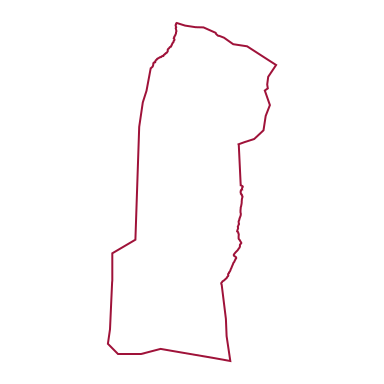 Erdene, Govi-Altay, Mongolia
{"feature_id": "93677404B39886975300314", "entity_name": "Erdene", "entity_type": "district", "adm_level": 2, "iso_a3": "MNG", "parent_name": "Mongolia", "parent_adm1": "Govi-Altay", "projection": "natural_earth1", "projection_center": [97.682, 44.036], "detail": "fine", "context": "isolated", "style": "outline", "palette": "rose", "viewbox_px": 384, "rotation_deg": 0, "n_neighbors": 0, "source": "geoboundaries", "source_scale": "gbopen_adm2", "svg_char_len": 5420}
<svg xmlns="http://www.w3.org/2000/svg" viewBox="0 0 384 384"><path d="M276.1,65.0L268.0,59.8L247.1,46.3L233.2,44.2L224.0,37.7L219.4,35.9L218.2,35.8L217.9,35.6L217.7,35.4L217.3,35.0L216.9,34.8L216.5,34.3L216.1,34.0L215.9,33.4L215.7,32.9L215.4,32.7L203.5,27.4L195.6,27.2L191.7,26.6L185.1,25.6L176.8,23.0L176.7,23.1L176.4,23.2L176.1,23.6L176.1,24.0L176.0,24.5L175.7,24.8L175.6,25.6L175.8,26.0L175.9,26.7L176.2,27.1L176.2,27.4L176.0,27.7L175.9,27.9L175.8,28.0L175.7,28.2L175.8,28.6L176.0,29.1L176.1,29.5L176.1,29.9L176.4,30.9L176.4,31.2L176.4,31.4L176.2,31.9L176.0,32.2L176.0,32.6L176.0,33.1L176.0,33.3L175.5,34.6L175.2,35.1L175.2,35.5L174.8,36.0L174.6,36.2L174.3,36.6L174.3,36.9L174.3,37.3L174.1,37.6L173.9,37.9L173.7,38.3L173.8,38.5L174.2,38.9L174.3,39.1L174.5,39.8L174.1,40.6L173.8,40.8L173.5,41.3L173.5,42.0L173.2,42.5L172.9,42.8L172.4,43.3L172.2,43.7L172.1,44.2L172.0,44.5L171.9,44.8L171.7,45.0L171.4,45.4L171.4,45.7L171.2,45.9L171.1,46.4L170.8,46.8L170.4,46.9L169.9,47.1L169.6,47.4L169.4,47.7L169.2,48.1L169.0,48.4L168.7,48.5L168.3,48.8L168.1,49.1L167.8,49.5L167.7,49.9L167.7,50.2L167.8,50.6L167.7,50.9L167.7,51.4L167.4,51.8L167.2,52.1L166.8,52.5L166.6,52.9L166.1,53.0L165.7,53.2L165.6,53.4L165.5,53.7L165.4,53.8L165.0,53.9L164.9,54.0L164.7,54.4L164.3,54.6L164.1,54.7L163.8,54.9L163.6,55.2L163.6,55.5L163.5,55.8L163.3,56.0L163.0,56.1L162.8,56.0L162.5,56.0L162.2,56.2L161.8,56.3L161.5,56.5L161.2,57.0L160.9,57.1L160.7,57.2L160.2,57.1L159.8,57.3L159.6,57.5L159.0,57.8L158.6,58.1L158.3,58.2L158.0,58.4L157.8,58.6L157.5,58.6L157.1,58.9L156.9,59.2L156.9,59.4L156.7,59.5L156.4,59.9L156.0,60.1L155.7,60.4L155.6,60.7L155.4,61.1L155.2,61.5L155.3,61.9L155.2,62.2L154.8,62.2L154.5,62.2L154.3,62.5L154.1,62.7L153.8,62.7L153.4,63.1L153.3,63.4L153.4,63.7L153.2,64.8L153.1,65.2L153.1,65.5L152.9,65.8L152.8,66.3L152.5,66.8L151.5,67.6L151.1,68.1L150.7,68.3L146.5,90.8L142.8,102.4L139.2,126.9L135.4,239.7L112.3,253.3L112.3,280.5L112.1,282.6L110.0,329.3L107.9,343.8L118.0,354.0L130.5,354.0L141.1,354.0L160.6,348.9L170.4,350.6L182.6,352.7L196.0,355.0L214.8,358.2L230.3,361.0L226.6,336.1L226.0,321.3L225.9,318.9L221.7,284.8L221.6,284.5L221.4,284.2L221.3,283.9L221.3,283.6L221.2,283.2L221.3,283.1L221.9,282.3L222.1,282.1L222.3,281.6L222.5,281.4L222.9,281.1L223.4,280.8L223.8,280.6L224.0,280.4L224.4,280.1L224.6,279.9L224.9,279.6L225.2,279.3L225.6,279.0L226.2,278.4L226.5,278.2L226.7,277.9L226.9,277.7L227.0,277.3L227.3,276.9L227.5,276.6L228.0,276.2L228.3,275.6L228.3,275.4L228.2,275.0L228.1,274.7L228.1,274.4L228.2,273.9L228.3,273.7L228.6,273.4L228.8,273.3L228.9,273.1L229.0,273.0L229.0,272.9L229.0,272.7L229.0,272.4L229.4,272.1L229.8,271.6L230.1,271.0L230.4,270.4L230.6,269.6L231.0,268.7L231.2,268.4L231.8,266.9L231.9,266.6L232.2,265.9L232.6,265.0L232.8,264.6L232.9,264.4L232.9,264.2L233.3,263.3L233.4,262.9L233.6,262.6L233.8,262.4L234.0,262.2L234.2,261.9L234.4,261.6L234.6,261.0L234.9,260.3L235.2,259.9L235.3,259.5L235.4,259.2L235.5,259.1L235.7,258.8L236.0,258.6L236.1,258.4L236.2,258.2L236.2,257.8L236.2,257.7L235.9,257.1L235.7,256.9L235.4,256.7L234.6,256.2L234.4,256.1L234.1,255.8L233.9,255.6L233.8,255.4L233.8,255.1L233.8,254.8L233.8,254.7L234.1,254.2L234.3,253.9L235.1,252.9L235.8,252.1L236.7,251.2L237.1,250.8L237.5,250.4L237.8,250.0L238.3,249.3L238.6,248.7L238.9,248.4L239.2,248.0L239.6,247.5L239.7,247.1L239.9,246.4L240.0,246.1L239.9,245.6L239.9,245.3L239.9,245.1L240.0,244.7L240.2,244.4L240.5,244.0L240.8,243.8L241.1,243.4L241.3,243.1L241.3,242.9L241.1,242.4L240.8,242.0L240.5,241.5L240.2,241.0L240.1,240.8L240.0,240.6L239.8,240.2L239.7,240.0L239.6,239.9L239.4,239.7L239.1,239.4L238.9,239.2L238.7,238.7L238.6,238.4L238.6,237.9L238.6,237.5L238.6,237.0L238.6,236.6L238.6,236.1L238.7,235.5L238.7,235.3L238.7,235.0L238.7,234.8L238.7,234.6L238.8,234.3L238.8,234.2L238.7,234.0L238.4,233.5L238.3,233.3L238.3,233.0L238.2,232.4L238.0,232.0L237.8,231.8L237.5,231.7L237.3,231.6L237.1,231.4L237.2,231.0L237.5,230.0L238.1,228.3L238.1,228.1L237.9,227.1L237.8,226.8L237.8,226.6L238.2,225.9L238.4,225.3L238.6,224.7L238.9,224.4L239.0,223.9L239.0,223.7L238.7,223.2L238.7,222.2L238.7,221.9L238.6,221.7L238.7,221.3L238.8,220.9L239.0,220.5L239.2,220.1L239.3,219.8L239.3,219.5L239.3,219.2L239.6,218.7L239.6,218.4L239.6,218.2L239.9,217.6L240.2,216.7L240.5,216.0L240.6,215.6L240.7,215.3L240.7,215.1L240.8,214.4L240.8,214.0L240.8,213.6L240.7,213.1L240.5,212.5L240.5,212.2L240.5,211.4L240.5,210.9L240.5,210.4L240.7,208.3L240.7,207.7L240.8,207.2L241.1,206.3L241.3,205.1L241.5,204.2L241.7,202.7L241.7,202.4L241.7,201.4L241.8,200.7L241.8,199.8L241.9,199.2L242.0,198.7L242.2,197.9L242.3,197.5L242.4,197.2L242.5,197.0L242.5,196.7L242.5,196.3L242.3,196.1L242.2,196.1L242.0,195.8L241.9,195.6L241.8,195.3L241.9,195.1L241.9,194.8L241.7,194.6L241.6,194.4L241.4,194.3L241.2,194.1L240.9,193.9L240.9,193.7L241.0,193.4L240.8,193.0L240.7,192.8L240.7,192.5L240.6,192.3L240.6,192.1L240.6,191.9L240.7,191.7L240.7,191.4L240.7,191.2L240.8,191.1L240.8,190.9L241.0,190.8L241.1,190.7L241.1,190.3L241.2,190.1L241.2,189.9L241.4,189.8L241.5,189.7L241.8,189.4L242.0,189.4L241.9,189.1L241.9,188.9L242.0,188.5L242.1,188.3L242.2,187.9L242.2,187.7L242.4,187.5L242.5,187.3L242.7,187.0L242.8,186.8L242.8,186.7L242.7,186.4L242.3,186.1L242.1,186.0L241.8,185.8L241.5,185.6L240.9,185.2L240.7,185.2L238.8,145.2L238.5,144.3L244.6,142.1L254.2,139.0L263.5,130.3L265.7,115.9L269.9,105.1L264.8,90.5L267.8,88.4L267.2,84.5L268.2,76.8L276.1,65.0Z" fill="none" stroke="#9f1239" stroke-width="2"/></svg>